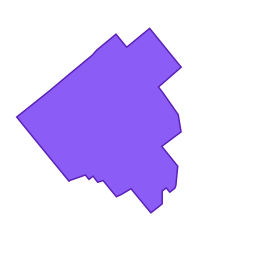 Bibb, Alabama, United States of America, rotated 141°
{"feature_id": "52423323B3928006362996", "entity_name": "Bibb", "entity_type": "district", "adm_level": 2, "iso_a3": "USA", "parent_name": "United States of America", "parent_adm1": "Alabama", "projection": "equal_earth", "projection_center": [-87.112, 33.039], "detail": "fine", "context": "isolated", "style": "filled", "palette": "violet", "viewbox_px": 256, "rotation_deg": 141, "n_neighbors": 0, "source": "geoboundaries", "source_scale": "gbopen_adm2", "svg_char_len": 580}
<svg xmlns="http://www.w3.org/2000/svg" viewBox="0 0 256 256"><g transform="rotate(141 128 128)"><path d="M48.4,141.8L48.5,191.8L78.2,191.6L78.3,208.5L103.4,208.2L109.4,207.1L142.8,206.7L165.9,206.3L207.6,206.6L207.6,202.1L207.6,181.2L207.3,123.8L206.1,123.8L190.7,118.3L190.7,112.6L185.5,112.6L185.7,104.9L180.4,102.8L180.3,81.9L174.7,80.5L163.9,78.9L163.6,47.7L152.2,47.5L149.1,47.6L141.1,57.4L136.0,57.4L135.9,51.8L129.6,51.7L127.1,53.1L113.4,67.0L113.3,92.5L89.2,91.6L80.6,106.7L78.7,133.6L78.5,140.7L48.4,141.8Z" fill="#8b5cf6" stroke="#5b21b6" stroke-width="1.5"/></g></svg>